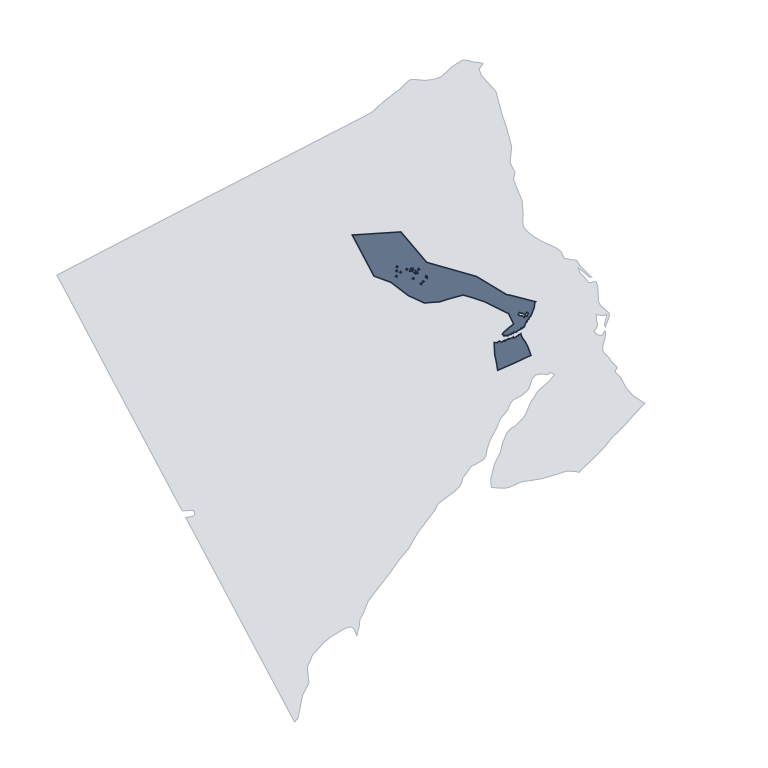 Zemam Out, Al Jizah, Egypt (highlighted), rotated 62°
{"feature_id": "37247803B81980397210132", "entity_name": "Zemam Out", "entity_type": "district", "adm_level": 2, "iso_a3": "EGY", "parent_name": "Egypt", "parent_adm1": "Al Jizah", "projection": "robinson", "projection_center": [30.957, 29.003], "detail": "fine", "context": "in_parent", "style": "filled", "palette": "slate", "viewbox_px": 768, "rotation_deg": 62, "n_neighbors": 0, "source": "geoboundaries", "source_scale": "gbopen_adm2", "svg_char_len": 8227}
<svg xmlns="http://www.w3.org/2000/svg" viewBox="0 0 768 768"><g transform="rotate(62 384 384)"><path d="M640.3,621.7L626.3,621.7L612.4,621.7L598.4,621.7L584.4,621.7L570.5,621.7L556.5,621.7L542.6,621.7L528.6,621.7L514.6,621.7L500.7,621.7L486.7,621.7L472.7,621.7L458.8,621.7L444.8,621.7L430.9,621.7L416.9,621.7L408.9,621.7L410.3,617.4L411.1,614.3L410.2,612.1L407.5,611.6L405.7,612.2L401.5,621.4L399.3,621.8L394.4,621.8L378.1,621.8L361.9,621.8L345.6,621.8L329.4,621.8L313.1,621.8L296.8,621.8L280.6,621.8L264.3,621.8L248.1,621.8L231.8,621.8L215.6,621.7L199.3,621.7L183.0,621.7L166.8,621.7L150.5,621.7L134.3,621.7L134.4,610.7L134.5,599.6L134.6,588.6L134.7,577.5L134.8,566.5L134.9,555.4L135.0,544.3L135.1,533.3L135.2,522.2L135.3,511.2L135.5,500.1L135.6,489.1L135.7,478.0L135.8,467.0L136.0,455.9L136.1,444.9L136.3,433.8L136.4,422.7L136.6,411.7L136.7,400.6L136.9,389.6L137.0,378.5L137.2,367.5L137.3,356.4L137.5,345.4L137.6,334.3L137.8,323.2L137.9,312.2L138.1,301.1L138.2,290.1L138.4,279.0L138.5,268.0L138.2,265.9L136.0,258.4L134.0,248.8L131.9,237.1L131.6,233.3L128.0,221.2L127.7,217.8L128.7,215.4L135.2,205.2L137.2,200.2L138.9,194.3L139.5,189.5L137.8,182.1L135.8,175.4L135.2,168.7L135.0,162.0L138.3,157.4L142.2,153.2L143.7,150.5L146.0,147.6L147.6,146.2L150.7,152.2L157.1,153.2L178.4,147.9L201.8,153.3L214.7,155.3L234.5,159.9L246.6,168.0L249.9,169.0L258.6,168.9L264.3,173.7L287.0,176.0L299.2,181.3L306.0,185.5L310.2,186.8L313.8,186.6L318.8,185.0L325.0,182.0L331.8,177.9L345.9,167.3L350.9,165.4L354.1,165.9L358.1,165.7L359.7,162.9L361.8,160.9L363.1,158.6L365.3,155.9L372.6,155.2L387.2,150.6L385.6,152.7L372.2,157.9L378.0,158.6L383.8,156.8L390.5,155.7L391.7,153.5L392.5,149.3L393.8,148.8L398.4,149.5L412.2,155.9L415.6,156.0L425.2,152.6L427.3,151.8L430.4,153.7L437.6,161.7L435.1,161.5L427.4,154.7L426.8,158.1L422.4,164.1L427.9,166.6L432.3,167.6L434.7,170.9L436.2,173.9L440.6,172.6L443.7,168.6L442.0,166.3L440.9,164.0L442.4,163.9L445.4,165.9L454.1,173.5L457.1,175.1L460.5,174.8L467.5,172.7L469.5,173.0L478.9,170.2L480.1,172.2L481.6,174.3L489.3,172.0L501.3,172.0L511.1,169.6L522.4,163.5L523.3,162.6L523.9,164.1L525.3,168.2L528.9,178.7L532.0,186.9L535.8,198.3L537.0,202.7L537.5,205.7L543.0,218.3L546.3,228.6L548.8,236.9L552.2,249.2L553.6,253.4L551.3,255.6L546.7,263.6L541.9,288.8L534.9,308.6L534.2,320.9L533.1,325.4L529.7,331.6L525.7,337.8L518.3,334.6L506.3,323.8L499.2,313.6L491.7,307.0L484.6,298.2L482.7,291.9L482.7,287.9L479.6,278.0L477.3,273.3L468.7,262.8L466.2,257.2L464.3,254.8L462.4,251.2L459.2,237.6L455.8,229.0L451.9,231.4L452.6,235.0L449.2,240.0L447.2,245.9L448.8,250.6L455.9,257.9L457.3,261.1L458.9,268.0L458.7,277.3L459.9,280.5L465.2,287.4L467.1,291.5L468.2,295.1L470.0,298.3L475.2,304.4L482.8,315.9L490.0,323.7L495.1,327.4L497.4,331.2L497.9,340.9L497.6,345.5L502.1,354.2L503.8,358.6L508.2,362.2L510.3,366.3L512.2,372.9L515.1,392.7L518.9,397.5L530.9,423.4L541.0,439.8L545.9,452.1L553.4,467.0L568.1,499.7L576.7,509.8L580.2,515.5L586.5,519.8L593.3,526.1L586.8,525.5L585.2,525.9L583.0,527.0L581.9,530.8L581.5,533.9L582.4,550.5L584.2,559.0L590.0,574.9L594.3,579.7L596.3,582.9L599.2,585.1L612.7,590.6L620.7,602.1L638.5,616.7L640.2,620.8L640.3,621.7Z" fill="#d9dde1" stroke="#a8b0b8" stroke-width="1"/><path d="M395.6,228.0L395.2,227.7L394.8,227.0L394.8,226.6L394.7,225.7L394.2,225.2L393.8,224.7L393.7,224.6L393.3,224.3L393.1,224.0L393.0,223.7L393.2,223.4L393.3,223.1L393.3,222.9L393.1,222.6L392.8,222.5L392.7,222.3L392.5,222.0L392.4,221.9L392.2,221.7L391.6,220.6L391.3,220.3L390.9,219.8L390.1,219.0L389.4,218.2L389.2,218.0L388.9,217.6L388.6,217.4L387.9,216.4L387.1,215.6L386.4,215.0L385.5,214.3L384.3,213.6L383.9,213.4L383.6,213.1L383.1,212.6L383.0,212.4L382.6,211.4L378.0,216.5L373.9,220.9L364.0,231.8L362.8,233.7L332.4,251.9L296.6,289.2L257.6,297.7L237.5,342.1L284.0,342.2L297.6,330.1L317.3,321.1L331.5,310.3L334.3,303.7L337.6,296.4L339.1,287.8L342.6,272.4L349.0,265.7L358.7,256.5L380.4,241.0L391.9,241.4L392.9,247.1L394.6,254.4L395.7,256.2L396.2,255.9L397.1,255.7L397.9,255.6L397.7,255.4L397.8,255.0L397.7,254.8L398.0,254.7L398.1,254.4L398.2,254.2L398.3,254.1L398.3,253.8L398.5,253.9L398.4,254.0L398.7,253.7L398.8,253.4L399.0,253.1L398.9,252.9L399.0,252.6L399.4,252.6L399.5,252.4L399.7,252.1L399.6,251.8L399.4,251.8L399.4,251.6L399.4,251.4L399.2,251.2L399.2,250.7L399.3,250.5L399.2,250.2L399.2,249.7L399.4,249.5L399.4,249.4L399.4,249.2L399.7,249.3L399.8,249.1L399.9,248.9L399.7,248.7L399.8,248.6L399.9,248.4L399.7,248.1L399.7,247.8L399.7,247.0L399.8,246.7L399.7,246.7L399.8,246.6L399.8,246.4L399.8,246.2L399.7,245.8L399.8,245.8L399.6,245.4L399.5,245.1L399.3,245.0L399.2,244.9L399.4,244.8L399.6,244.8L399.7,244.5L399.8,244.2L400.0,243.4L400.3,242.4L400.2,242.3L400.1,241.9L400.0,241.6L399.9,241.5L399.7,240.5L399.8,240.1L399.8,239.9L399.8,239.6L399.8,239.4L399.8,239.2L399.7,239.0L399.7,238.8L399.7,238.7L399.7,238.4L399.8,237.9L399.9,237.7L399.9,237.4L399.8,237.1L399.3,237.0L399.2,237.1L398.9,237.0L398.9,236.9L399.1,236.8L399.8,236.7L399.8,236.4L399.8,236.2L399.7,235.9L399.7,235.7L399.3,235.4L399.2,235.2L399.3,235.0L399.4,234.7L399.6,234.5L399.7,234.3L399.6,234.1L399.3,234.0L399.2,233.8L399.1,233.6L399.3,233.3L399.2,233.0L399.1,232.8L399.0,232.7L398.9,232.8L398.7,232.7L398.5,232.4L398.3,232.1L398.2,232.0L398.0,231.9L397.8,231.7L397.7,231.7L397.4,231.1L397.2,230.8L397.2,230.7L396.7,230.2L396.3,229.6L396.3,229.4L396.3,229.1L396.2,228.9L396.2,228.6L395.9,228.5L395.7,228.3L395.5,228.6L395.4,228.5L395.5,228.4L395.4,228.2L395.5,228.1L395.6,228.0ZM388.5,230.1L388.3,230.4L387.8,231.8L387.7,231.9L387.6,232.0L386.4,232.7L385.8,232.9L384.4,230.9L385.8,229.9L386.1,229.7L385.8,229.3L385.8,229.2L389.2,226.7L387.6,224.4L387.7,224.1L387.9,224.1L388.1,224.0L388.9,223.4L389.1,223.3L389.3,223.3L391.2,225.9L391.4,226.2L390.1,227.2L389.8,227.2L389.7,227.3L390.7,228.6L390.7,228.8L390.8,228.8L391.1,228.8L391.0,229.1L390.2,228.9L389.2,229.5L388.5,230.1ZM301.8,303.7L301.6,304.6L299.2,305.2L297.7,306.2L296.6,305.5L294.6,306.2L295.0,304.1L297.1,304.2L299.2,302.9L299.6,303.7L300.7,303.3L300.7,301.9L302.3,302.1L301.8,303.7ZM310.1,296.8L309.0,297.3L307.9,295.9L309.2,295.4L311.0,295.9L311.2,296.1L310.1,296.8ZM299.9,299.9L298.8,300.5L298.2,299.1L299.3,298.6L299.9,299.9ZM294.3,310.4L293.3,311.0L292.6,309.8L293.6,309.1L294.3,310.4ZM295.7,322.6L294.4,323.3L293.8,322.2L295.0,321.7L295.7,322.6ZM313.8,304.5L312.6,305.1L312.2,303.9L313.3,303.4L313.8,304.5ZM287.4,317.8L286.3,318.3L285.7,317.3L287.0,316.6L287.4,317.8ZM305.4,309.0L304.3,309.5L303.8,308.3L304.9,307.8L305.4,309.0ZM291.0,319.9L289.7,320.5L289.3,319.4L290.5,318.9L291.0,319.9ZM312.6,301.7L311.9,302.2L311.2,301.1L312.4,300.5L312.6,301.7ZM294.0,316.7L292.8,317.6L292.4,316.4L293.1,316.1L294.0,316.7ZM296.8,307.1L296.0,307.4L295.8,306.7L296.6,306.4L296.8,307.1ZM296.8,308.1L296.5,308.5L296.1,308.4L295.9,308.1L296.5,307.8L296.8,308.1ZM427.7,240.8L419.0,239.5L413.5,239.4L408.7,240.1L405.3,239.9L403.8,239.5L403.9,239.8L403.9,240.4L403.9,241.0L403.8,241.5L403.7,241.6L403.7,241.9L403.8,242.1L404.0,242.2L404.1,242.3L404.3,242.7L404.3,243.1L404.2,243.9L404.2,244.1L404.2,244.3L404.2,244.6L404.2,244.8L404.4,245.4L404.4,245.5L404.5,245.9L404.5,246.2L404.4,246.7L404.2,247.0L404.1,247.3L403.9,247.6L404.2,247.7L404.1,247.9L404.0,248.1L403.7,248.4L403.3,248.3L403.2,248.2L403.3,249.1L403.5,249.5L403.4,249.8L403.2,250.6L403.1,250.9L402.9,251.1L403.0,251.3L403.1,251.8L403.2,252.0L403.0,252.4L402.9,252.4L402.6,252.9L402.7,253.1L402.5,253.4L402.5,253.7L402.4,253.6L402.4,253.8L402.4,254.0L402.4,254.3L402.4,254.7L402.4,255.0L402.6,255.3L402.6,255.5L402.6,255.8L402.5,256.1L402.3,256.3L402.1,256.6L402.0,256.8L402.0,257.0L402.2,256.9L402.4,257.0L402.5,257.0L402.8,257.0L403.0,257.3L402.9,257.4L402.8,257.5L402.6,257.6L402.4,257.6L402.1,257.6L401.9,257.9L401.9,258.0L402.0,258.3L402.0,258.5L402.0,258.8L402.0,259.0L402.2,259.3L402.3,259.4L402.3,259.6L402.3,259.8L402.3,260.3L402.1,260.8L401.7,261.1L401.4,261.2L401.2,261.3L401.1,261.5L400.8,261.7L400.6,261.8L400.3,261.8L400.3,262.0L400.3,262.3L400.3,262.5L400.4,264.2L400.4,264.3L400.5,264.3L400.7,264.5L400.5,264.9L400.3,265.2L400.1,265.6L399.9,265.8L399.5,266.5L399.5,266.8L399.3,267.1L399.1,267.3L410.0,272.5L417.0,274.4L425.3,277.2L426.8,258.0L427.3,247.2L427.7,240.8Z" fill="#64748b" stroke="#1e293b" stroke-width="1.5"/></g></svg>